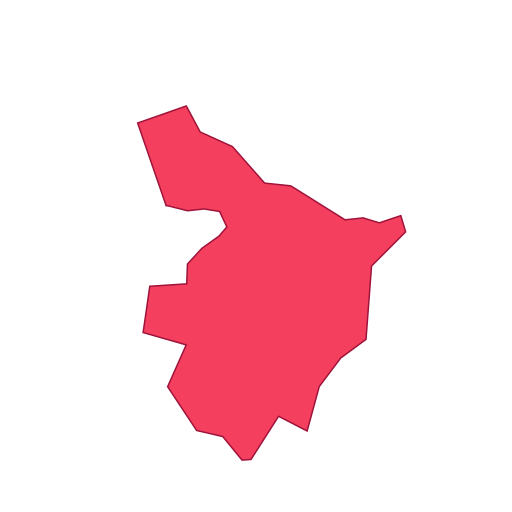 the border of Belfast, rotated 238°
{"feature_id": "GBR-2082", "entity_name": "Belfast", "entity_type": "District", "adm_level": 1, "iso_a3": "GBR", "parent_name": "United Kingdom", "parent_adm1": "", "projection": "mercator", "projection_center": [-5.941, 54.602], "detail": "fine", "context": "isolated", "style": "filled", "palette": "rose", "viewbox_px": 512, "rotation_deg": 238, "n_neighbors": 0, "source": "natural_earth", "source_scale": "10m", "svg_char_len": 612}
<svg xmlns="http://www.w3.org/2000/svg" viewBox="0 0 512 512"><g transform="rotate(238 256 256)"><path d="M286.6,149.9L269.1,182.5L285.5,193.6L291.2,214.2L292.5,235.2L296.1,246.7L313.1,248.7L323.4,236.9L330.6,222.0L345.6,207.5L346.3,206.4L347.3,206.7L431.5,226.1L420.2,276.4L390.7,274.4L361.2,294.0L313.3,301.9L297.0,322.7L239.5,350.7L231.6,367.0L218.8,378.1L213.5,400.2L197.2,395.7L186.3,348.7L127.0,305.1L124.6,273.8L111.8,240.5L80.5,206.6L108.1,190.2L86.1,143.9L90.3,136.0L120.5,132.1L139.5,113.2L192.0,111.8L217.6,149.7L250.9,119.7L286.6,149.9Z" fill="#f43f5e" stroke="#9f1239" stroke-width="1.5"/></g></svg>